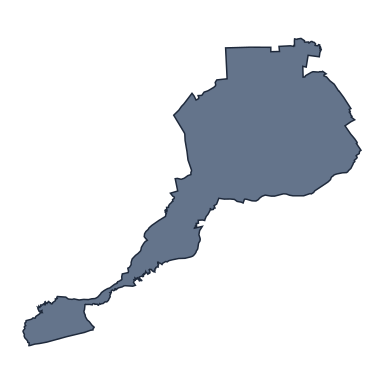 Bogdanesti, Bacau, Romania (Robinson projection)
{"feature_id": "2599482B17094917236522", "entity_name": "Bogdanesti", "entity_type": "district", "adm_level": 2, "iso_a3": "ROU", "parent_name": "Romania", "parent_adm1": "Bacau", "projection": "robinson", "projection_center": [26.663, 46.198], "detail": "fine", "context": "isolated", "style": "filled", "palette": "slate", "viewbox_px": 384, "rotation_deg": 0, "n_neighbors": 0, "source": "geoboundaries", "source_scale": "gbopen_adm2", "svg_char_len": 5931}
<svg xmlns="http://www.w3.org/2000/svg" viewBox="0 0 384 384"><path d="M93.3,328.2L94.1,327.6L93.9,326.8L92.3,325.6L89.3,321.7L87.2,319.9L85.4,316.7L85.2,315.0L84.3,313.1L83.9,311.2L84.5,309.6L85.0,304.6L85.7,304.3L86.3,304.5L89.4,304.4L92.3,304.8L92.6,304.0L93.8,303.6L94.8,303.8L94.9,304.3L97.3,304.2L98.1,305.2L98.5,305.2L99.7,303.6L100.4,304.2L101.8,303.6L102.9,303.6L105.2,301.8L106.8,301.9L108.4,300.3L109.1,298.7L110.2,296.8L109.9,295.4L110.8,293.6L110.0,292.6L111.3,292.4L111.4,290.8L112.1,290.1L112.5,290.0L113.8,290.7L114.7,290.1L114.9,288.8L115.1,288.7L115.6,288.8L115.7,289.7L116.0,289.8L118.3,287.9L122.2,286.9L123.9,285.9L125.2,285.7L132.8,286.2L135.4,285.3L133.5,282.4L134.3,280.6L134.0,279.9L135.2,280.2L135.0,278.0L136.4,279.1L136.9,278.1L137.4,277.8L138.1,279.4L138.8,279.7L139.4,280.9L139.8,280.8L140.1,279.9L141.0,280.5L142.2,280.8L138.9,277.8L139.3,277.1L141.8,276.1L142.8,276.7L143.4,276.4L143.2,275.6L143.4,275.4L142.9,274.7L143.7,274.0L144.7,274.9L144.4,274.1L144.7,273.9L144.4,273.5L145.2,273.3L145.7,271.6L146.2,272.7L146.8,272.7L147.8,274.2L148.7,273.6L149.1,272.7L149.7,273.1L150.0,272.6L149.8,271.9L149.9,271.0L149.3,270.4L149.4,269.9L149.2,269.6L149.6,269.3L151.4,269.5L152.1,270.7L153.6,271.7L153.9,271.8L154.0,271.3L154.7,271.7L154.6,271.3L155.0,270.8L154.8,269.1L155.7,268.7L155.7,267.6L156.6,267.0L158.2,267.0L157.9,265.4L158.6,264.8L157.8,263.6L157.7,262.2L158.5,262.2L159.1,263.0L160.6,263.4L162.0,264.5L162.9,263.1L165.7,261.5L167.2,261.9L168.8,260.7L172.3,259.8L178.7,258.5L185.0,258.3L190.7,256.9L192.8,256.1L194.4,254.6L195.9,252.5L196.4,250.9L197.5,249.4L197.8,248.4L198.5,243.8L198.7,242.9L199.9,241.1L200.2,239.7L200.1,238.3L198.9,234.7L199.6,230.7L202.3,226.4L194.4,228.2L194.5,227.7L196.6,226.4L196.6,225.9L195.6,225.7L196.6,224.4L196.2,223.9L196.2,223.4L198.4,223.2L198.2,220.3L202.4,220.0L204.7,220.5L204.9,219.6L206.2,216.4L207.9,214.4L209.7,211.1L210.3,209.7L210.3,208.6L210.6,208.6L210.8,209.9L213.4,209.4L213.6,208.3L215.0,208.0L214.1,205.7L216.6,204.1L218.8,198.3L224.2,199.1L230.2,199.0L234.4,199.4L237.1,201.4L241.4,202.2L243.1,203.0L244.4,199.4L244.9,199.1L246.8,199.3L251.9,200.8L255.5,201.0L256.2,200.9L258.4,199.6L259.4,198.3L262.0,196.3L265.2,195.1L271.1,196.1L274.7,196.1L283.5,193.8L286.3,194.0L289.5,195.2L293.0,195.8L303.7,195.8L310.0,193.6L311.3,193.9L313.6,192.5L314.8,190.8L328.1,181.9L330.5,179.6L331.0,178.0L331.7,176.9L333.4,175.7L334.1,174.9L336.6,174.0L342.5,172.8L346.5,172.6L347.7,171.8L348.5,170.6L350.9,168.4L353.2,163.8L353.3,163.0L354.8,161.6L354.3,160.3L356.4,158.6L357.1,157.7L357.1,157.2L356.1,155.8L356.9,155.0L359.2,153.6L359.5,151.4L361.0,150.3L356.4,143.5L357.2,142.9L357.0,142.2L354.6,138.7L350.7,134.1L345.0,125.8L350.8,121.8L354.7,119.8L351.3,117.1L352.0,116.3L350.8,115.0L350.4,113.3L349.6,112.7L349.3,112.1L350.2,111.6L349.2,109.4L350.9,108.6L343.7,97.4L338.9,90.9L338.6,91.0L334.2,84.2L329.9,80.8L326.6,77.0L323.9,75.8L324.2,74.6L326.1,73.8L322.6,71.3L322.2,71.7L319.5,71.7L318.6,72.1L313.0,71.7L311.4,72.3L306.5,75.1L305.5,75.7L304.9,76.9L303.1,77.1L302.8,66.3L306.2,67.1L308.1,55.3L319.3,56.8L319.9,52.4L321.3,49.5L321.0,48.9L320.4,50.3L320.1,50.2L320.7,47.8L320.6,47.5L319.7,49.0L319.9,47.9L319.7,47.3L319.7,44.9L318.6,44.6L317.8,45.8L315.1,45.4L315.5,43.7L314.1,42.3L312.8,42.1L312.1,41.5L311.1,41.5L309.2,42.9L308.8,42.9L308.8,42.5L308.5,42.0L304.9,42.2L304.4,41.8L304.5,40.7L301.0,38.4L297.4,39.0L297.1,39.4L294.6,38.9L294.4,41.0L294.5,45.7L293.8,45.5L293.6,46.4L290.5,45.8L279.0,46.4L279.5,51.5L270.8,51.7L270.8,47.3L250.1,47.2L225.6,47.9L227.1,78.8L216.8,79.9L215.2,82.4L215.7,84.9L215.4,85.9L213.7,87.4L207.7,90.9L204.1,92.1L202.0,95.1L201.4,95.4L198.1,95.6L198.9,97.9L197.9,99.1L196.3,99.9L196.0,100.0L194.2,96.2L192.0,93.3L183.9,103.9L181.5,106.4L178.9,110.1L173.7,115.2L184.4,132.9L184.8,134.1L185.1,140.5L187.0,151.6L188.0,160.0L191.5,170.1L191.5,171.1L190.9,172.3L190.9,174.6L187.9,175.6L184.3,178.2L181.2,179.3L177.4,178.4L175.2,178.7L177.7,191.0L170.4,193.2L172.7,196.1L174.3,197.1L174.3,198.1L173.6,199.0L173.0,199.2L172.5,199.7L172.9,201.3L171.8,201.9L170.9,203.1L169.5,204.3L168.6,205.9L168.5,207.3L166.6,207.4L167.0,210.4L166.4,210.3L166.1,209.5L165.0,210.3L165.3,210.9L166.0,210.8L166.5,211.5L165.6,211.5L165.1,212.0L165.7,212.6L165.7,213.1L166.3,213.6L165.7,214.9L165.5,216.4L158.8,220.5L151.8,225.4L150.0,227.0L148.7,228.3L148.3,229.3L145.9,231.5L144.6,233.7L144.2,236.7L145.3,237.8L145.5,238.6L146.0,238.7L147.3,240.3L145.3,241.5L143.8,243.3L141.4,247.3L140.9,250.0L140.4,251.1L137.9,253.6L135.6,255.3L132.2,258.9L131.1,262.4L131.2,264.3L130.9,265.0L129.5,267.3L127.8,268.2L128.5,271.2L128.1,272.6L122.3,273.9L121.7,276.8L121.9,279.3L121.4,280.0L120.5,280.2L119.7,281.0L117.7,281.7L117.2,283.0L116.9,282.8L115.8,283.9L114.7,284.2L109.7,288.0L107.6,288.6L104.4,290.4L101.4,292.6L100.4,294.2L97.7,297.1L95.2,298.5L91.7,298.8L88.4,299.6L83.6,299.4L79.1,300.0L74.0,298.9L72.1,299.4L68.3,299.0L65.8,297.1L57.3,296.5L56.8,297.6L57.0,298.0L56.8,298.3L57.1,298.6L56.1,299.1L55.4,298.9L55.4,300.7L52.7,302.6L52.6,303.2L51.9,303.9L51.0,303.7L50.6,302.8L49.5,302.6L48.7,301.4L48.4,301.5L48.4,302.1L47.6,302.5L47.0,303.4L46.6,303.0L46.2,303.2L45.2,301.7L44.8,302.1L45.2,303.1L44.8,303.7L45.3,304.4L45.2,304.8L44.8,304.8L43.9,303.7L43.0,304.3L42.8,304.9L40.6,305.0L40.4,306.0L40.7,306.3L39.6,306.7L39.8,307.4L39.4,307.4L38.8,306.5L38.7,307.4L38.4,307.7L37.8,307.4L38.2,308.2L37.9,308.6L39.1,311.3L39.8,311.5L41.9,310.5L41.8,311.6L42.3,312.6L40.1,312.7L39.8,313.7L35.9,316.4L35.5,317.1L35.4,317.9L35.0,318.2L33.0,317.9L31.6,319.2L26.1,320.6L25.9,322.2L25.0,322.9L24.9,323.5L25.1,324.8L25.7,325.7L24.4,326.5L24.3,327.3L24.9,328.2L24.7,328.9L23.4,330.3L23.0,331.2L23.4,332.5L24.4,334.4L24.1,336.0L24.8,337.8L27.5,340.8L27.8,342.4L29.0,342.7L29.1,344.5L28.9,345.6L29.7,345.6L34.8,344.1L39.6,343.5L46.9,342.1L66.5,336.7L84.8,332.3L90.4,330.3L93.0,329.9L93.0,329.3L93.3,328.2Z" fill="#64748b" stroke="#1e293b" stroke-width="1.5"/></svg>